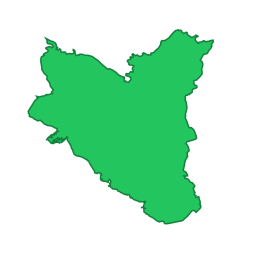 Podeni, Mehedinti, Romania, rotated 172°
{"feature_id": "2599482B44594085370123", "entity_name": "Podeni", "entity_type": "district", "adm_level": 2, "iso_a3": "ROU", "parent_name": "Romania", "parent_adm1": "Mehedinti", "projection": "equal_earth", "projection_center": [22.541, 44.895], "detail": "fine", "context": "isolated", "style": "filled", "palette": "green", "viewbox_px": 256, "rotation_deg": 172, "n_neighbors": 0, "source": "geoboundaries", "source_scale": "gbopen_adm2", "svg_char_len": 5858}
<svg xmlns="http://www.w3.org/2000/svg" viewBox="0 0 256 256"><g transform="rotate(172 128 128)"><path d="M105.0,28.3L103.6,27.9L101.0,27.8L86.9,28.7L80.7,32.9L76.2,37.2L74.7,37.2L73.4,36.7L72.4,35.0L67.2,38.9L66.8,40.8L67.5,41.8L67.0,41.9L67.1,43.7L66.8,45.1L67.4,47.6L67.4,49.9L67.6,50.2L70.2,49.7L70.7,50.9L70.1,51.6L71.3,52.4L71.7,53.1L70.6,54.8L70.6,55.1L71.3,55.5L71.4,57.5L71.8,59.4L70.5,60.3L69.9,61.4L71.8,64.7L73.9,65.8L75.4,68.7L77.3,69.9L78.6,70.3L78.5,71.5L79.3,72.6L75.7,72.3L75.6,73.3L76.7,76.1L78.7,77.8L79.2,79.1L78.5,80.0L77.7,82.5L77.2,83.0L77.2,84.3L75.9,87.5L74.7,89.5L72.9,91.6L73.1,92.4L72.8,95.5L71.3,96.3L70.6,97.2L70.8,99.9L71.4,102.1L72.8,104.8L71.6,106.1L63.2,107.4L62.0,108.0L61.5,108.8L61.8,111.9L62.7,115.6L63.5,117.5L65.2,119.5L67.1,119.7L67.9,121.1L68.6,125.4L69.9,130.0L69.2,132.4L69.2,133.7L66.9,139.4L66.8,140.4L66.8,145.9L67.6,147.4L67.1,148.9L67.0,151.3L66.1,152.3L64.7,152.2L64.3,152.7L63.0,152.7L62.7,153.1L62.4,152.8L61.2,153.8L60.2,153.9L59.6,154.3L59.0,156.7L58.1,157.5L54.7,158.2L54.0,159.0L53.8,159.7L54.4,160.5L56.1,161.4L56.5,162.2L56.3,165.4L55.7,165.8L52.9,166.1L52.2,167.0L50.9,167.7L47.2,171.1L46.8,173.5L47.0,174.7L46.5,177.0L45.3,179.3L45.1,181.5L45.4,183.2L47.0,185.0L42.9,190.4L39.6,190.6L38.9,191.0L37.2,193.5L35.9,194.4L34.2,196.3L33.6,197.5L33.8,198.2L33.1,199.9L31.5,201.5L31.6,203.2L34.8,203.0L35.5,202.6L39.3,202.7L40.7,203.9L41.4,203.9L42.3,203.0L45.2,203.1L46.1,202.8L46.3,202.1L47.0,202.1L47.7,203.6L49.4,205.9L48.9,207.1L47.7,208.6L46.0,208.8L45.9,209.2L47.8,210.5L49.0,209.7L52.1,208.7L55.4,211.3L56.3,212.6L55.9,213.7L56.7,214.7L59.7,213.9L61.5,215.9L61.4,216.6L62.1,217.4L62.9,217.6L64.2,217.3L64.6,218.2L67.4,217.8L70.5,215.7L74.9,211.6L77.1,210.4L79.7,209.4L82.0,209.8L82.6,209.6L83.5,208.4L84.0,206.2L86.8,202.8L90.1,200.8L92.2,199.0L94.9,198.9L95.3,197.2L98.6,197.8L100.9,199.3L101.8,200.3L103.3,199.7L102.9,198.8L103.3,198.2L104.0,197.6L105.7,197.3L107.0,197.4L108.7,199.1L110.5,198.7L111.7,199.6L112.5,200.7L113.8,200.3L113.8,199.7L112.8,198.6L112.9,197.7L115.8,198.0L116.1,197.6L115.1,196.8L115.2,196.2L118.5,195.3L119.4,194.6L118.2,191.9L118.3,190.8L117.9,190.2L115.8,189.9L113.7,188.9L113.6,188.3L115.1,187.1L115.3,186.6L115.4,185.1L114.9,183.8L115.1,182.8L117.6,183.3L119.8,181.5L121.8,182.1L122.5,181.7L122.8,180.3L118.9,178.2L118.1,177.1L118.8,175.0L119.7,174.6L121.3,173.1L122.8,173.7L123.9,174.9L125.0,174.5L125.1,177.6L124.6,177.7L124.6,178.8L128.5,180.7L131.0,183.1L131.9,184.6L135.6,187.8L138.3,189.4L139.4,188.9L140.3,189.4L144.9,194.6L147.9,198.5L153.5,203.8L157.5,205.6L160.3,205.9L163.0,207.3L165.1,207.8L166.1,207.2L166.3,207.5L169.0,206.8L169.4,207.1L169.9,208.6L169.9,212.1L171.3,213.3L171.5,212.9L171.3,211.8L170.6,210.9L171.4,209.8L172.4,209.1L173.0,209.4L173.6,209.1L175.8,210.0L178.5,209.6L179.5,211.9L183.3,212.4L183.9,212.8L183.7,214.6L184.1,215.5L185.0,215.9L186.4,214.9L188.3,216.0L186.7,217.0L186.5,217.6L187.2,217.7L187.7,218.9L187.4,219.7L187.9,222.0L190.4,224.1L192.5,224.9L196.8,228.2L195.9,225.9L196.3,224.0L195.7,222.7L192.0,221.5L191.0,219.6L191.0,218.9L191.3,218.3L192.3,218.1L193.4,219.4L194.1,219.6L198.0,218.9L198.3,218.2L196.4,216.2L196.4,215.1L197.0,214.4L199.5,213.8L201.3,212.9L201.5,212.4L200.8,211.7L201.1,211.3L203.5,210.8L204.0,210.2L204.6,208.9L205.1,205.5L204.9,199.9L205.2,198.1L203.6,194.0L200.8,190.6L201.6,187.5L199.9,184.7L199.1,182.2L199.1,180.3L198.6,179.8L198.6,179.2L196.6,176.1L198.8,174.2L198.9,173.0L198.2,172.6L198.5,172.5L203.3,172.0L203.6,172.5L204.9,172.3L206.1,171.4L208.5,171.5L212.2,170.9L212.5,171.6L213.9,172.0L213.4,171.4L213.8,171.0L213.6,170.0L216.7,167.7L224.5,158.3L224.4,156.5L223.7,155.1L224.0,153.2L220.3,151.1L219.3,149.6L218.0,149.0L216.6,147.7L213.6,147.8L210.2,143.6L206.9,141.5L205.4,141.3L202.6,140.1L200.4,138.3L198.3,137.4L198.7,135.7L197.8,134.5L198.8,134.4L198.5,134.1L199.7,134.0L200.5,133.5L200.0,132.9L200.0,132.3L201.7,133.2L202.3,132.5L201.6,132.0L202.1,131.3L203.8,131.9L204.3,131.2L204.1,130.9L204.8,131.3L205.0,131.9L205.7,131.3L205.1,131.2L205.2,130.5L204.3,129.2L205.3,129.1L206.9,129.6L206.6,129.9L207.2,130.3L208.6,129.5L209.3,128.1L210.2,128.0L210.1,127.7L209.1,127.7L206.7,124.5L206.6,124.0L205.7,123.5L204.1,124.5L204.3,125.2L203.0,125.9L203.1,126.5L201.5,126.4L200.0,127.4L199.2,127.0L198.9,127.3L199.2,127.6L198.9,128.2L196.1,126.6L195.3,127.3L195.0,127.1L195.7,126.0L195.5,125.9L194.7,126.2L194.1,125.8L192.5,126.1L192.4,125.4L193.9,125.6L194.9,125.2L196.2,125.8L198.6,126.0L199.3,125.8L199.4,125.2L202.3,125.5L205.0,123.6L204.9,123.1L204.4,123.0L202.1,123.8L200.1,123.8L198.9,123.2L198.3,123.4L197.8,122.7L196.5,123.2L195.8,122.9L192.1,125.3L189.8,127.8L189.1,127.3L189.9,125.4L189.8,124.7L186.9,118.1L186.9,116.3L185.9,114.0L185.3,110.4L184.7,109.2L183.1,107.8L178.2,106.0L174.8,103.6L174.2,102.9L173.1,102.5L172.4,101.6L172.6,101.3L171.4,100.6L171.2,99.2L169.8,95.6L167.3,90.3L167.1,88.2L164.9,87.2L163.3,88.1L162.0,87.3L161.9,86.4L160.8,86.4L160.4,85.4L161.6,84.6L162.0,83.6L161.8,81.6L162.4,81.4L161.7,79.7L160.7,80.3L160.9,79.6L159.7,78.6L158.1,78.5L155.2,77.1L155.1,78.1L153.5,79.6L152.4,77.7L152.8,77.1L152.8,76.4L153.5,75.6L153.9,75.8L153.4,74.2L153.5,73.7L154.2,73.9L155.2,73.4L154.9,72.8L154.3,73.0L153.7,72.6L153.1,71.4L151.9,70.5L151.8,69.9L147.6,68.8L146.6,66.9L145.8,66.8L143.8,64.8L142.9,64.7L141.9,63.6L140.6,62.8L139.1,62.5L139.0,62.1L138.6,62.3L138.0,61.8L137.4,62.1L136.1,61.7L135.8,59.6L135.3,59.0L134.5,59.1L134.3,58.7L134.5,58.2L133.5,58.3L132.5,56.5L127.1,53.7L127.1,53.4L122.6,52.7L122.0,53.1L121.0,52.8L121.3,52.1L121.8,52.4L122.2,51.9L121.8,51.7L121.8,51.3L122.5,50.7L123.5,48.4L124.4,47.6L126.2,47.2L123.6,47.2L122.3,46.1L123.5,45.8L123.8,45.3L123.5,44.6L123.9,43.1L123.7,42.5L122.0,40.9L121.9,40.2L120.9,40.1L118.6,37.5L115.4,35.3L112.7,32.4L110.3,30.7L107.3,30.9L105.7,30.5L105.0,28.3Z" fill="#22c55e" stroke="#15803d" stroke-width="1.5"/></g></svg>